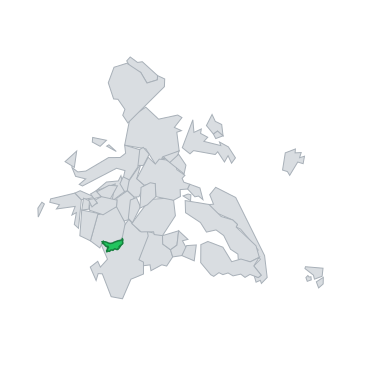 Moldova on a map of Europe (orthographic projection), rotated 102°
{"feature_id": "MDA", "entity_name": "Moldova", "entity_type": "country or territory", "adm_level": 0, "iso_a3": "MDA", "parent_name": "Europe", "parent_adm1": "", "projection": "orthographic", "projection_center": [28.535, 46.964], "detail": "fine", "context": "in_parent", "style": "filled", "palette": "green", "viewbox_px": 384, "rotation_deg": 102, "n_neighbors": 37, "source": "natural_earth", "source_scale": "50m", "svg_char_len": 9147}
<svg xmlns="http://www.w3.org/2000/svg" viewBox="0 0 384 384"><g transform="rotate(102 192 192)"><path d="M239.3,48.0L247.4,47.2L251.8,54.1L248.1,55.9L243.4,65.6L241.5,65.5L239.3,48.0ZM266.9,110.6L260.9,113.8L261.9,109.4L259.0,107.0L251.5,116.2L243.5,111.1L239.4,116.8L235.0,115.2L218.2,136.8L217.1,141.5L214.3,140.8L210.9,146.3L207.0,165.7L200.7,172.8L199.5,168.4L190.9,174.1L182.5,169.8L188.3,148.1L239.1,107.8L260.0,100.7L267.0,105.1L264.2,106.8L266.9,110.6ZM259.5,48.2L254.0,51.7L248.2,45.8L254.7,44.6L259.5,48.2ZM255.4,60.7L252.0,62.8L249.6,61.3L250.8,59.9L250.2,58.0L253.2,57.1L255.4,60.7Z" fill="#d9dde1" stroke="#a8b0b8" stroke-width="1"/><path d="M154.4,213.1L172.3,233.7L159.4,246.1L160.2,267.6L132.4,268.1L118.6,254.9L127.7,239.8L119.7,222.0L121.3,217.3L132.5,222.7L134.2,215.1L136.7,219.3L154.4,213.1ZM163.1,283.1L168.1,274.5L164.9,285.0L163.1,283.1Z" fill="#d9dde1" stroke="#a8b0b8" stroke-width="1"/><path d="M200.7,172.8L209.9,158.4L210.9,146.3L214.3,140.8L217.1,141.5L231.3,118.2L241.9,112.6L248.2,120.5L248.1,132.8L243.2,134.2L240.0,142.4L228.0,151.9L224.1,160.6L228.2,169.5L220.1,177.4L213.6,194.0L201.8,196.9L200.7,172.8Z" fill="#d9dde1" stroke="#a8b0b8" stroke-width="1"/><path d="M259.5,197.4L269.7,201.4L269.5,206.4L277.5,215.8L272.0,217.9L274.3,224.4L269.3,229.8L239.8,227.5L240.8,211.8L249.0,209.8L253.0,201.0L259.5,197.4Z" fill="#d9dde1" stroke="#a8b0b8" stroke-width="1"/><path d="M291.3,266.8L298.5,267.4L286.6,275.9L279.4,269.8L284.5,266.0L275.3,260.7L261.5,270.5L262.3,262.8L267.7,262.8L261.4,251.5L244.2,253.6L232.0,248.2L241.0,235.3L239.8,227.5L244.2,225.7L269.3,229.8L270.7,224.9L282.3,222.4L290.0,233.6L310.9,237.8L311.2,249.3L290.7,262.7L291.3,266.8Z" fill="#d9dde1" stroke="#a8b0b8" stroke-width="1"/><path d="M240.8,211.8L241.5,220.1L238.9,221.3L241.6,233.5L235.4,244.4L208.1,231.8L202.7,213.3L203.9,208.3L218.7,203.3L240.8,211.8Z" fill="#d9dde1" stroke="#a8b0b8" stroke-width="1"/><path d="M209.1,247.6L203.3,256.5L196.8,257.1L174.9,247.8L190.5,248.8L195.3,240.1L207.7,242.9L209.1,247.6Z" fill="#d9dde1" stroke="#a8b0b8" stroke-width="1"/><path d="M232.0,248.2L234.5,252.1L225.9,262.0L213.6,264.3L204.3,255.6L209.1,247.6L232.0,248.2Z" fill="#d9dde1" stroke="#a8b0b8" stroke-width="1"/><path d="M259.4,269.2L265.9,270.5L260.9,281.2L233.6,279.5L222.1,262.8L236.5,250.8L252.2,250.7L258.9,260.3L259.4,269.2Z" fill="#d9dde1" stroke="#a8b0b8" stroke-width="1"/><path d="M253.0,201.0L249.0,209.8L240.8,211.8L232.7,197.0L247.1,195.7L253.0,201.0Z" fill="#d9dde1" stroke="#a8b0b8" stroke-width="1"/><path d="M256.3,188.7L259.5,197.4L253.0,201.0L247.1,195.7L232.7,197.0L239.2,186.1L241.7,191.2L248.8,185.2L256.3,188.7Z" fill="#d9dde1" stroke="#a8b0b8" stroke-width="1"/><path d="M258.9,175.5L256.3,188.7L245.6,186.2L242.9,176.8L258.9,175.5Z" fill="#d9dde1" stroke="#a8b0b8" stroke-width="1"/><path d="M203.9,208.3L204.1,226.4L191.5,229.7L195.3,240.1L190.5,248.8L167.1,242.1L172.3,233.7L166.7,230.9L166.0,224.1L169.3,213.0L173.3,211.5L177.2,202.4L180.7,204.5L184.1,202.0L184.9,195.7L190.0,196.9L192.1,204.1L198.8,202.4L203.9,208.3Z" fill="#d9dde1" stroke="#a8b0b8" stroke-width="1"/><path d="M232.4,276.6L233.6,279.5L260.9,281.2L258.1,292.6L232.6,296.1L232.4,276.6Z" fill="#d9dde1" stroke="#a8b0b8" stroke-width="1"/><path d="M248.5,337.2L239.8,339.4L233.2,336.7L234.4,333.9L248.5,337.2ZM222.6,298.6L251.1,295.5L248.2,300.4L236.2,300.8L239.5,304.7L230.4,303.3L236.8,321.1L232.0,319.0L231.6,329.0L228.1,328.8L217.4,306.3L222.6,298.6Z" fill="#d9dde1" stroke="#a8b0b8" stroke-width="1"/><path d="M222.6,298.6L217.4,306.3L214.0,301.7L217.4,285.6L222.6,298.6Z" fill="#d9dde1" stroke="#a8b0b8" stroke-width="1"/><path d="M205.6,258.1L217.6,268.4L200.1,268.8L210.9,286.3L200.0,277.7L196.5,266.4L190.8,264.9L205.6,258.1Z" fill="#d9dde1" stroke="#a8b0b8" stroke-width="1"/><path d="M176.1,245.1L177.8,252.8L163.0,253.9L158.5,249.0L163.9,241.7L176.1,245.1Z" fill="#d9dde1" stroke="#a8b0b8" stroke-width="1"/><path d="M164.9,224.1L165.3,228.6L163.3,227.5L164.9,224.1Z" fill="#d9dde1" stroke="#a8b0b8" stroke-width="1"/><path d="M167.8,219.9L163.3,227.5L154.4,213.1L164.6,214.2L167.8,219.9Z" fill="#d9dde1" stroke="#a8b0b8" stroke-width="1"/><path d="M176.0,203.5L167.8,219.9L157.9,212.9L167.0,203.5L176.0,203.5Z" fill="#d9dde1" stroke="#a8b0b8" stroke-width="1"/><path d="M85.3,249.9L89.5,249.2L94.8,258.7L85.7,267.0L83.8,277.5L77.3,283.1L72.8,280.5L76.6,272.2L74.9,267.7L85.3,249.9Z" fill="#d9dde1" stroke="#a8b0b8" stroke-width="1"/><path d="M79.6,282.5L85.7,267.0L94.8,258.7L89.5,249.2L85.3,249.9L87.1,242.2L94.7,240.9L137.8,269.1L131.3,275.7L125.1,274.8L116.7,283.7L117.3,288.0L102.6,296.6L86.2,294.2L79.6,282.5Z" fill="#d9dde1" stroke="#a8b0b8" stroke-width="1"/><path d="M130.9,183.1L124.0,191.7L112.0,188.5L118.1,183.9L119.8,177.0L130.6,173.3L127.1,179.7L130.9,183.1Z" fill="#d9dde1" stroke="#a8b0b8" stroke-width="1"/><path d="M178.8,250.2L193.2,255.9L192.6,262.1L185.0,262.0L184.5,270.8L208.9,300.4L208.0,303.9L201.3,298.7L200.9,309.1L193.0,314.5L196.1,307.9L193.6,300.2L175.7,280.8L173.2,269.5L167.9,265.0L160.2,267.6L161.5,251.9L178.8,250.2ZM175.9,313.3L192.4,312.2L188.7,322.5L175.9,313.3ZM159.2,286.4L166.4,291.4L163.9,299.9L159.3,300.5L159.2,286.4Z" fill="#d9dde1" stroke="#a8b0b8" stroke-width="1"/><path d="M190.0,196.9L184.9,195.7L186.4,185.1L197.2,179.7L194.6,184.8L196.1,188.2L190.0,196.9ZM200.8,191.6L197.7,199.9L194.8,195.4L195.0,192.5L200.8,191.6Z" fill="#d9dde1" stroke="#a8b0b8" stroke-width="1"/><path d="M130.9,183.1L127.1,179.7L130.6,173.3L134.8,179.9L130.9,183.1ZM140.0,190.9L140.6,173.5L137.4,175.5L140.3,165.8L149.6,156.6L155.6,159.3L149.0,164.3L155.9,166.5L147.3,175.2L150.5,177.1L151.2,199.1L155.1,201.9L150.7,210.7L121.2,206.2L133.3,202.5L128.4,196.0L132.9,195.8L135.2,188.0L140.0,190.9Z" fill="#d9dde1" stroke="#a8b0b8" stroke-width="1"/><path d="M155.4,99.9L152.2,102.9L151.7,108.0L134.3,108.9L128.4,99.8L132.3,99.3L130.7,93.4L136.1,93.9L133.6,89.4L141.2,89.2L140.7,94.8L155.4,99.9Z" fill="#d9dde1" stroke="#a8b0b8" stroke-width="1"/><path d="M193.2,255.9L204.3,255.6L205.6,258.1L198.9,264.2L191.5,262.5L193.2,255.9Z" fill="#d9dde1" stroke="#a8b0b8" stroke-width="1"/><path d="M261.9,109.4L260.6,118.2L264.5,122.4L262.2,127.2L265.5,134.4L263.7,139.9L266.4,144.6L265.3,148.9L270.0,153.2L269.0,156.5L259.3,168.8L241.6,172.4L237.1,166.2L239.6,150.3L251.9,138.7L247.4,130.2L248.2,120.5L241.9,112.6L251.5,116.2L259.0,107.0L261.9,109.4Z" fill="#d9dde1" stroke="#a8b0b8" stroke-width="1"/><path d="M234.5,243.9L231.0,248.8L212.7,250.6L209.0,245.2L217.3,239.4L234.5,243.9Z" fill="#d9dde1" stroke="#a8b0b8" stroke-width="1"/><path d="M204.1,226.4L213.8,233.0L218.6,239.6L198.1,242.8L191.6,234.7L191.5,229.7L204.1,226.4Z" fill="#d9dde1" stroke="#a8b0b8" stroke-width="1"/><path d="M211.6,285.2L202.7,274.5L201.5,266.2L217.2,270.9L216.6,279.6L211.6,285.2Z" fill="#d9dde1" stroke="#a8b0b8" stroke-width="1"/><path d="M230.2,289.3L232.6,296.1L220.6,296.8L222.0,290.4L230.2,289.3Z" fill="#d9dde1" stroke="#a8b0b8" stroke-width="1"/><path d="M215.5,263.6L222.1,262.8L232.8,274.3L231.1,288.5L226.1,289.5L223.0,282.3L220.0,285.1L215.4,279.8L215.5,263.6Z" fill="#d9dde1" stroke="#a8b0b8" stroke-width="1"/><path d="M218.9,286.5L215.0,290.8L210.9,286.3L215.4,279.8L218.9,286.5Z" fill="#d9dde1" stroke="#a8b0b8" stroke-width="1"/><path d="M221.0,291.7L218.9,286.5L222.1,282.6L227.4,286.7L221.0,291.7Z" fill="#d9dde1" stroke="#a8b0b8" stroke-width="1"/><path d="M252.2,250.4L252.3,250.2L253.3,249.6L253.5,249.7L254.0,249.7L255.0,249.7L255.4,249.3L255.7,249.4L256.0,249.2L256.4,249.0L256.5,249.1L257.1,249.2L257.6,249.4L257.9,249.8L258.2,250.0L258.6,250.1L258.8,250.3L258.8,250.5L259.1,250.7L259.7,250.7L260.0,250.8L259.9,251.2L259.9,251.3L260.1,251.2L260.3,251.3L260.4,251.5L260.5,251.7L260.8,251.3L261.1,251.3L261.9,251.5L262.3,252.3L262.6,252.6L262.8,252.7L263.1,252.6L263.3,252.4L263.5,252.5L263.8,253.0L263.9,253.8L263.9,254.1L263.8,254.6L263.6,255.1L263.5,255.4L263.5,255.7L263.7,255.9L263.8,256.0L264.5,256.5L264.7,256.8L265.0,257.0L265.3,257.0L265.5,257.3L265.4,257.7L265.3,258.1L265.3,258.4L265.5,258.7L265.6,259.0L265.7,259.4L266.3,259.8L267.0,260.1L267.2,260.4L267.3,260.8L267.3,261.5L267.3,262.1L268.2,262.8L268.1,263.0L267.1,263.3L266.9,263.3L266.5,262.8L266.3,262.7L266.1,262.9L265.8,263.0L265.6,263.0L265.3,262.8L265.1,262.7L264.8,262.8L264.6,262.7L264.4,262.6L264.2,263.1L263.9,263.2L263.9,262.3L263.8,262.2L263.6,262.2L263.2,262.4L262.8,262.7L262.6,262.9L262.7,263.3L262.7,263.8L263.0,264.6L262.9,264.9L262.7,265.4L262.3,265.9L261.8,266.2L261.7,266.8L261.4,267.2L260.9,267.5L260.6,268.0L260.7,268.3L260.7,268.6L260.7,268.9L260.6,269.0L259.7,269.1L259.3,269.5L259.1,269.0L258.8,268.7L258.6,268.5L258.7,268.4L258.9,268.3L259.0,268.1L259.0,267.7L258.9,267.2L258.8,266.9L258.8,266.5L258.8,265.9L258.9,264.8L259.3,263.4L259.5,262.7L259.4,262.3L259.4,261.4L259.3,261.0L259.0,260.4L258.7,259.2L258.2,258.7L257.7,258.2L257.5,257.9L257.3,257.5L257.0,257.1L256.6,256.7L256.2,255.8L255.9,255.4L255.9,255.2L255.4,254.7L255.1,254.1L255.0,253.7L254.9,253.3L254.6,252.5L254.3,251.9L254.0,251.5L253.8,251.2L253.5,250.8L253.0,250.5L252.6,250.4L252.2,250.4Z" fill="#22c55e" stroke="#15803d" stroke-width="1.5"/></g></svg>